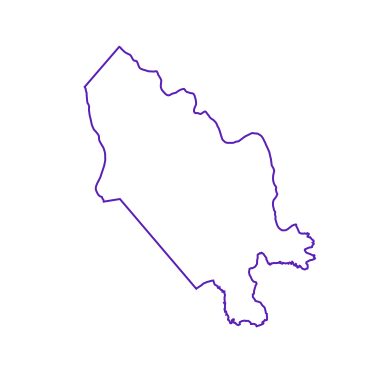 St Helen Estate, Micoud, Saint Lucia, rotated 22°
{"feature_id": "8701671B95563300423658", "entity_name": "St Helen Estate", "entity_type": "district", "adm_level": 2, "iso_a3": "LCA", "parent_name": "Saint Lucia", "parent_adm1": "Micoud", "projection": "equal_earth", "projection_center": [-60.905, 13.787], "detail": "fine", "context": "isolated", "style": "outline", "palette": "violet", "viewbox_px": 384, "rotation_deg": 22, "n_neighbors": 0, "source": "geoboundaries", "source_scale": "gbopen_adm2", "svg_char_len": 6042}
<svg xmlns="http://www.w3.org/2000/svg" viewBox="0 0 384 384"><g transform="rotate(22 192 192)"><path d="M232.2,280.1L232.7,279.2L235.8,274.8L236.7,272.8L239.7,269.8L243.5,266.9L244.9,266.1L247.7,269.3L251.2,269.8L251.5,270.7L252.1,271.2L252.7,271.1L253.3,270.1L253.9,271.1L254.5,271.6L255.0,271.5L255.9,272.0L256.4,271.7L257.7,272.1L257.6,273.1L258.1,273.1L259.3,272.1L259.6,272.8L260.1,274.0L261.0,274.8L261.3,275.5L261.8,278.1L263.0,280.4L263.5,281.7L264.0,282.0L263.9,282.7L263.4,282.9L263.7,283.2L264.6,283.1L265.3,285.5L265.9,286.7L266.1,287.2L265.9,288.4L266.6,288.8L266.7,289.4L267.3,290.3L267.5,289.9L268.4,290.0L268.7,290.4L269.5,292.0L269.7,292.8L270.4,292.3L272.3,293.9L272.8,294.5L273.0,296.4L273.2,296.8L273.6,296.6L275.4,298.0L276.7,299.3L277.7,298.9L277.9,297.8L277.0,296.1L277.9,294.5L278.6,294.5L278.8,294.8L278.5,296.1L279.1,296.8L280.2,297.5L281.3,297.1L281.8,297.6L283.5,298.1L284.9,298.1L285.5,297.1L285.9,296.8L285.0,294.9L286.7,292.9L289.2,291.4L290.2,291.5L291.2,290.9L292.5,290.4L295.1,291.1L295.7,291.6L296.1,292.3L299.1,291.0L301.0,291.1L302.2,292.3L305.6,289.4L307.4,287.4L307.4,287.1L306.8,287.1L306.2,286.9L306.2,285.9L307.0,285.2L307.2,284.2L307.5,283.4L307.9,283.6L309.2,282.9L309.3,282.1L309.0,281.2L308.7,280.4L307.9,279.1L307.1,277.0L305.9,276.7L305.1,275.3L302.7,272.0L301.2,271.3L300.1,271.0L297.0,268.9L295.6,268.8L291.6,269.2L290.7,268.3L287.8,266.6L286.7,264.1L287.4,263.3L287.3,262.2L286.6,260.6L286.3,257.7L286.0,254.5L286.3,252.9L285.2,251.7L282.5,252.0L280.4,250.8L278.0,248.5L276.5,247.4L274.9,245.1L274.6,243.5L274.1,242.0L274.6,241.1L275.5,240.4L276.6,240.0L278.6,237.5L279.2,234.4L277.9,230.6L277.6,228.5L276.4,225.7L276.8,224.7L277.1,224.5L277.9,223.2L278.8,223.2L278.9,222.8L279.2,222.3L279.8,222.3L281.6,222.7L283.7,224.2L285.2,225.0L285.8,225.5L286.2,226.7L287.1,227.3L288.9,229.2L289.3,229.3L289.9,229.8L290.6,229.3L291.3,230.1L292.0,229.8L292.6,228.3L293.3,228.1L294.3,227.1L295.8,226.8L299.2,225.0L299.3,224.1L299.8,223.7L300.2,223.7L300.3,224.7L300.4,224.8L301.1,224.7L302.5,224.7L302.7,224.3L302.7,223.7L305.5,223.2L307.2,222.1L307.6,222.1L308.0,222.3L308.4,222.3L308.5,221.3L308.9,220.8L310.0,220.7L310.8,221.5L311.0,221.5L311.7,220.6L311.9,220.2L310.9,219.7L311.0,219.2L312.0,219.6L312.3,219.9L312.7,220.7L313.2,220.7L313.7,221.0L314.2,221.7L315.1,221.2L315.3,219.8L315.6,219.9L315.9,221.0L316.2,221.5L316.5,221.3L317.6,221.3L317.7,221.5L317.7,222.2L317.9,222.5L318.2,222.5L319.1,221.8L319.3,220.1L320.0,220.1L320.7,220.4L321.5,221.0L323.0,221.7L324.5,221.7L325.8,221.5L326.7,220.3L327.7,219.7L327.5,218.4L326.4,216.2L324.7,215.4L324.4,214.2L326.9,211.1L328.8,210.0L329.2,209.5L330.4,208.4L330.9,207.7L330.8,207.3L329.9,207.2L329.2,206.4L329.5,205.2L328.9,204.8L327.7,205.5L326.2,205.3L320.6,205.4L318.4,203.8L318.2,203.0L318.4,202.7L321.0,200.0L322.3,199.0L322.8,199.0L323.9,198.1L323.6,196.4L324.3,194.9L324.3,194.4L322.8,193.8L323.4,192.9L323.2,191.9L322.7,191.4L321.1,191.1L318.6,189.7L318.1,190.1L317.4,190.0L316.3,190.2L315.8,190.1L315.7,189.2L316.2,188.0L316.0,187.1L314.4,186.9L313.6,188.1L313.3,188.0L311.8,188.2L311.2,188.7L308.8,189.6L307.5,189.6L306.6,189.4L303.4,186.2L301.4,184.5L300.8,183.2L300.4,183.2L298.7,184.4L297.3,186.0L294.6,190.7L293.2,192.3L291.9,193.0L289.7,193.8L287.3,193.3L285.7,192.6L283.7,191.1L282.0,189.1L279.5,186.0L278.7,183.5L277.3,181.7L276.9,180.2L276.6,179.3L275.0,178.2L273.4,176.0L273.1,175.6L271.9,173.7L271.0,171.3L270.7,169.1L271.9,164.8L271.9,162.0L271.7,161.7L270.8,161.0L268.7,158.2L268.7,157.3L268.3,156.0L267.3,155.3L266.4,154.8L264.8,153.4L263.6,151.9L262.6,150.3L262.2,149.5L261.5,147.5L261.2,146.7L260.7,144.1L260.6,143.0L260.4,142.0L260.0,141.1L258.8,139.7L255.9,137.4L253.1,132.3L250.4,128.5L249.0,126.4L248.4,125.7L244.7,122.1L242.9,120.5L241.6,119.1L239.8,117.5L237.5,115.5L236.0,114.5L235.3,114.1L234.7,113.9L233.0,113.6L232.0,113.4L231.1,113.3L230.3,113.5L227.8,114.3L226.8,114.5L226.1,114.6L225.3,115.2L221.3,119.6L220.6,120.4L219.9,121.4L216.9,126.4L216.4,127.2L215.9,127.7L214.1,128.8L213.3,129.5L212.7,130.2L212.0,130.8L211.1,131.3L208.5,132.3L207.1,132.9L206.1,133.2L205.3,133.4L204.5,133.4L203.6,133.2L201.3,132.3L200.5,131.9L197.9,128.9L196.3,126.8L193.5,123.5L192.1,122.2L191.1,121.6L190.6,121.0L190.2,120.4L188.8,119.2L187.6,118.4L184.9,117.2L182.5,116.8L181.0,116.3L180.1,115.8L179.1,115.0L176.7,113.7L175.4,112.8L174.5,112.4L173.9,112.5L173.4,112.9L172.6,113.9L171.6,115.5L170.9,116.3L170.4,116.6L169.2,116.6L168.5,116.6L167.7,116.7L166.6,117.1L165.6,117.6L164.5,117.3L163.7,116.5L163.1,115.2L162.9,113.9L162.9,112.4L163.0,109.6L162.6,108.2L161.4,105.9L160.7,104.8L159.1,102.8L158.4,101.8L157.5,101.0L156.5,100.4L155.4,100.4L153.3,100.9L151.1,101.0L150.0,101.2L148.9,101.0L147.9,100.5L147.0,99.8L145.9,99.4L144.9,100.0L144.0,100.7L143.0,101.6L142.2,102.5L141.4,103.6L140.0,105.8L139.1,106.6L137.2,107.9L136.4,108.8L135.6,109.8L134.8,110.7L133.8,111.3L132.7,111.4L131.6,111.3L129.5,110.5L126.3,108.9L125.4,108.2L124.5,107.3L123.7,106.2L123.2,105.0L122.4,102.4L122.1,101.0L121.5,99.8L120.6,98.9L119.7,98.1L116.8,96.0L116.0,95.0L115.2,94.2L114.2,93.4L113.2,93.6L111.2,94.8L109.1,95.4L108.0,95.9L107.0,96.2L105.9,96.4L103.7,96.6L100.5,96.9L98.3,96.9L97.1,96.6L96.2,95.9L95.3,95.1L92.8,92.3L91.9,91.6L90.8,91.4L89.8,91.8L88.7,91.8L87.7,91.3L84.1,88.4L83.0,88.0L80.9,87.9L78.7,87.7L77.6,87.5L76.6,87.2L75.5,86.8L74.5,86.3L73.5,86.0L72.4,85.5L71.5,84.9L70.1,84.7L53.1,134.8L53.9,135.4L54.8,136.2L55.4,137.4L56.2,138.4L57.0,139.4L57.6,140.6L58.7,143.0L61.2,147.8L62.0,148.8L63.0,149.4L63.8,150.3L64.6,151.3L65.5,153.9L66.0,155.1L66.7,156.2L68.0,158.6L69.5,160.8L70.3,161.8L71.0,162.8L72.4,165.0L73.9,167.1L74.7,168.0L77.3,170.6L78.3,171.2L80.0,171.9L83.0,173.6L83.9,174.2L84.8,175.1L85.9,177.6L86.6,178.6L87.4,179.6L91.1,182.5L93.0,183.9L93.9,184.8L96.1,187.5L97.4,189.7L99.7,195.1L100.7,200.4L101.0,204.9L101.5,213.0L100.9,219.3L100.9,222.7L101.6,225.3L103.4,227.4L106.0,229.6L108.0,230.4L110.4,230.4L111.6,231.8L112.8,232.4L113.8,234.0L127.8,225.5L232.2,280.1Z" fill="none" stroke="#5b21b6" stroke-width="2"/></g></svg>